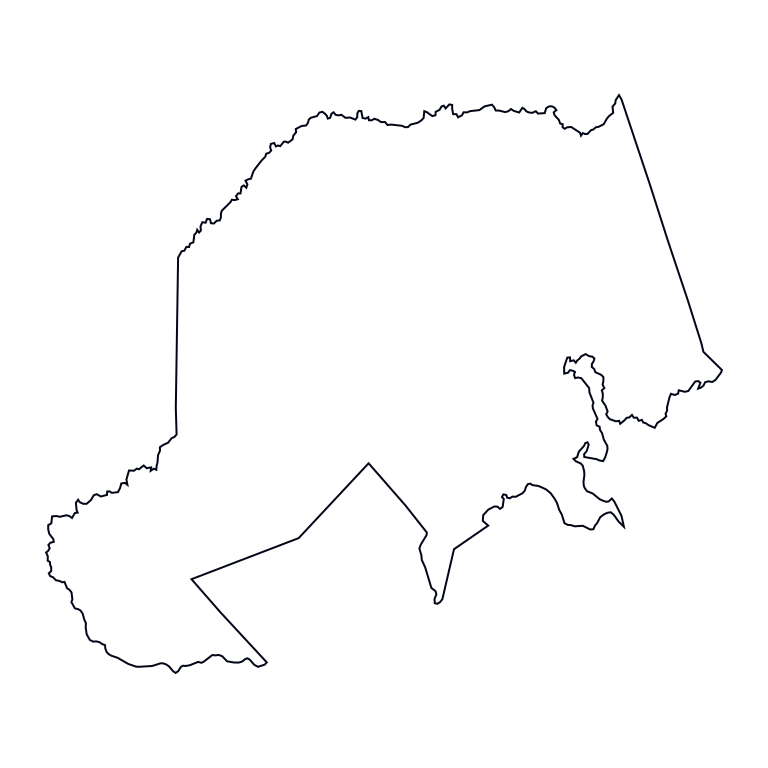 the district of Bomet Central, Rift Valley, Kenya
{"feature_id": "3690345B53477019337333", "entity_name": "Bomet Central", "entity_type": "district", "adm_level": 2, "iso_a3": "KEN", "parent_name": "Kenya", "parent_adm1": "Rift Valley", "projection": "natural_earth1", "projection_center": [35.326, -0.731], "detail": "fine", "context": "isolated", "style": "outline", "palette": "ink", "viewbox_px": 768, "rotation_deg": 0, "n_neighbors": 0, "source": "geoboundaries", "source_scale": "gbopen_adm2", "svg_char_len": 6067}
<svg xmlns="http://www.w3.org/2000/svg" viewBox="0 0 768 768"><path d="M721.9,370.0L703.4,351.8L701.4,343.4L687.8,300.3L667.9,240.8L650.3,185.8L621.5,99.4L619.0,95.1L615.7,100.1L615.2,103.5L612.5,106.7L613.2,112.8L608.9,116.2L606.9,118.6L603.7,124.2L598.6,126.8L595.8,127.3L593.3,129.5L591.1,130.1L587.5,133.9L585.4,134.1L582.8,133.1L581.0,135.7L580.0,132.7L571.2,127.0L567.2,127.3L564.6,128.8L562.6,127.2L562.7,124.2L560.2,123.6L558.8,119.8L554.5,115.1L553.7,112.3L556.4,110.1L554.3,107.5L551.8,106.3L549.0,106.4L546.2,108.2L544.7,113.1L538.1,113.6L535.8,111.2L532.1,112.9L528.8,112.4L526.4,111.4L524.4,109.0L522.4,107.8L519.2,112.5L513.8,110.9L511.0,109.0L508.2,111.3L505.2,112.1L498.7,110.5L495.7,110.5L494.1,107.1L491.9,104.7L484.5,106.4L479.4,110.1L470.3,111.1L467.0,112.4L463.6,112.3L462.0,115.3L458.1,117.3L456.5,114.2L453.1,114.1L452.1,108.2L452.2,105.0L449.4,104.4L445.6,108.4L443.8,105.7L441.5,106.5L439.5,109.9L435.7,111.8L435.4,115.3L432.3,116.1L426.9,112.2L424.3,111.2L423.6,118.0L421.3,120.4L417.9,122.7L410.5,124.6L408.0,127.1L405.2,127.2L402.0,125.8L391.3,124.6L387.5,125.0L385.0,122.0L381.0,122.1L378.1,120.0L374.4,118.8L371.6,120.3L368.9,120.2L368.3,117.1L365.7,118.6L362.6,118.0L361.3,111.1L358.7,110.9L357.3,113.5L357.2,117.2L355.4,119.6L350.0,117.5L345.4,117.8L341.4,114.8L338.5,115.4L335.6,114.8L333.6,112.3L331.5,113.7L330.2,117.8L327.9,118.6L326.5,115.3L324.2,113.1L322.3,111.8L319.3,112.6L317.1,116.0L310.8,117.8L308.8,119.5L308.0,122.7L306.1,125.5L301.6,126.0L295.8,129.0L296.1,132.2L293.3,135.7L292.6,139.3L288.1,142.7L286.0,141.7L283.8,141.7L280.2,146.2L278.0,145.5L275.9,146.4L274.2,143.0L270.9,143.9L270.1,147.3L271.2,150.5L269.2,152.8L266.2,153.7L265.3,156.7L261.6,160.5L255.5,168.3L253.5,171.2L250.9,178.7L248.2,179.3L245.5,180.7L247.4,184.4L246.3,187.7L243.8,185.4L241.5,186.9L240.5,193.4L238.1,193.4L236.0,196.2L237.8,199.2L234.7,200.1L231.9,199.7L230.4,202.2L221.8,210.7L220.9,213.5L220.9,217.5L219.8,220.4L216.6,220.8L213.9,223.5L210.9,223.2L210.0,219.2L207.1,218.9L205.6,222.7L202.4,222.2L200.5,226.3L200.9,230.5L199.1,232.5L197.2,229.8L196.4,232.6L194.3,234.8L193.4,242.3L190.0,243.7L189.0,247.0L186.4,246.9L184.3,250.7L181.6,251.3L178.1,257.6L175.8,408.1L176.6,434.4L174.6,436.8L171.5,438.3L168.1,442.7L163.3,444.9L159.9,447.2L160.0,450.7L158.0,455.3L157.5,462.6L156.6,465.8L156.3,469.8L153.7,468.7L150.7,470.8L151.1,467.4L146.7,468.2L143.7,465.5L138.9,469.3L136.8,468.6L134.0,470.7L129.0,470.5L126.4,479.5L127.4,484.8L124.9,482.9L121.3,483.5L120.0,488.2L118.0,492.1L111.9,492.9L109.7,491.4L107.2,491.5L107.0,494.9L100.9,496.5L96.7,494.2L93.8,495.2L90.9,500.1L86.6,503.8L83.2,503.8L79.8,502.2L78.1,499.7L75.9,502.8L76.6,510.3L77.7,512.6L74.8,513.1L72.0,518.0L69.3,516.0L66.2,515.3L59.7,516.8L56.3,516.0L52.1,516.4L51.3,523.3L48.2,525.2L48.2,529.2L49.2,533.7L53.3,539.1L53.8,541.8L50.3,542.8L48.4,545.0L49.7,548.2L48.2,550.8L46.1,552.5L47.8,556.3L47.7,560.7L49.9,562.0L50.1,564.6L51.2,567.5L51.2,571.0L48.8,573.3L50.2,576.1L53.1,577.3L56.0,580.3L59.4,580.9L62.3,582.3L64.5,581.9L67.1,588.3L69.5,589.8L71.5,592.4L72.4,599.3L71.4,602.1L74.9,608.4L78.0,609.1L80.5,610.5L82.6,613.5L84.3,619.6L85.9,623.2L85.7,627.5L86.7,634.4L89.9,640.0L93.2,641.6L96.4,641.4L99.7,642.3L102.4,644.2L105.0,645.1L105.3,648.4L106.5,651.8L108.6,654.1L111.4,655.7L117.6,657.8L128.4,664.0L136.0,666.6L138.6,666.8L152.1,666.0L160.6,663.3L163.0,663.3L166.1,664.4L168.9,666.3L173.1,671.2L175.6,672.9L178.1,671.3L180.9,666.9L183.0,665.7L185.6,666.0L189.9,665.2L198.1,661.9L201.4,662.8L203.7,661.7L212.4,655.0L215.4,655.4L218.7,654.9L222.3,656.3L227.1,661.3L233.9,662.5L239.1,662.5L242.2,661.5L244.8,659.4L247.4,658.3L249.6,659.5L254.4,664.9L258.0,666.8L264.6,664.7L266.8,662.4L220.6,612.5L191.5,579.2L298.7,538.1L368.6,463.3L405.5,505.5L426.9,532.6L426.5,535.2L420.9,544.4L419.4,548.4L421.4,555.5L421.8,560.0L425.2,567.4L431.4,588.0L435.4,591.0L436.4,594.2L434.5,599.0L434.8,603.2L437.4,603.8L440.2,602.0L442.4,599.1L454.0,549.2L488.2,525.6L482.8,520.9L483.2,515.2L488.3,509.6L494.3,506.5L497.4,506.6L500.1,508.9L502.6,507.0L503.8,499.0L502.0,497.1L503.4,494.4L506.3,495.0L507.1,497.6L509.7,498.3L512.5,496.6L515.7,496.8L522.6,493.2L524.8,490.6L526.0,486.9L528.0,484.0L530.4,483.7L532.4,485.1L538.1,485.9L541.2,487.1L546.0,489.4L550.6,493.1L554.7,498.8L556.9,502.8L559.2,509.8L561.9,514.8L564.5,523.2L567.8,524.9L571.4,525.2L574.7,526.3L582.9,525.8L590.2,529.5L593.4,529.2L595.1,525.4L597.1,523.2L600.2,517.2L604.4,514.1L607.8,512.7L610.8,512.3L613.8,514.8L618.6,521.6L623.9,526.8L621.5,515.9L614.4,501.7L611.8,498.5L608.7,501.4L606.3,501.8L603.2,500.8L599.8,499.3L592.7,493.5L587.0,491.2L584.8,488.2L583.8,485.7L583.5,481.8L584.4,475.0L584.1,470.9L582.7,465.6L580.8,463.5L575.9,461.3L573.5,458.9L577.1,457.2L578.8,451.7L584.1,445.8L585.3,443.1L587.5,442.3L588.7,444.7L586.6,451.3L584.1,454.1L584.3,457.0L596.7,459.2L599.5,460.5L603.1,461.1L605.1,457.5L606.5,453.2L607.5,449.3L607.3,445.9L603.8,439.6L602.1,433.2L600.0,429.9L599.6,426.7L596.6,425.3L595.9,421.7L597.5,418.9L592.8,408.2L592.6,405.1L593.5,402.8L589.5,392.6L589.1,388.0L581.3,378.2L578.0,377.5L575.1,378.1L574.0,374.8L575.0,371.9L572.2,370.5L569.9,370.2L567.9,372.8L564.2,373.6L564.1,367.0L567.3,357.6L570.0,357.4L570.2,361.2L573.7,360.3L575.8,362.7L577.3,360.4L579.4,358.8L581.2,356.4L585.6,354.1L589.0,356.1L592.4,356.7L594.4,358.5L593.6,361.4L591.9,363.9L591.8,367.0L594.1,368.9L595.4,372.2L601.3,374.9L603.4,377.1L603.4,381.0L602.6,384.5L604.3,388.1L601.8,390.3L602.8,393.6L602.8,397.1L602.1,400.7L605.5,405.7L607.6,411.5L606.2,414.3L607.9,417.2L609.9,419.2L615.9,421.3L619.1,420.8L620.2,423.8L624.7,420.1L626.5,417.9L629.3,417.4L632.0,414.9L633.8,417.7L637.0,417.7L638.7,420.8L641.9,419.9L643.2,422.5L645.8,423.2L648.6,425.2L654.7,427.8L657.4,422.9L663.4,419.0L666.3,416.4L665.6,413.7L667.1,410.6L667.0,407.3L669.6,397.0L671.0,393.8L674.6,395.0L678.0,393.7L678.8,390.3L684.8,391.8L688.3,391.0L695.2,381.5L698.3,381.1L700.4,382.7L698.2,388.6L700.8,387.7L703.4,385.7L705.2,382.2L708.4,381.3L712.2,382.0L715.4,380.0L721.1,372.5L721.9,370.0Z" fill="none" stroke="#020617" stroke-width="2"/></svg>